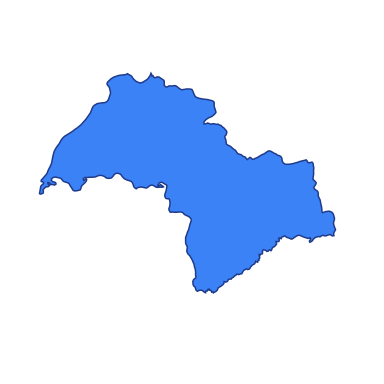 São Romão, Minas Gerais, Brazil (Robinson projection), rotated 221°
{"feature_id": "56859067B60763399870465", "entity_name": "São Romão", "entity_type": "district", "adm_level": 2, "iso_a3": "BRA", "parent_name": "Brazil", "parent_adm1": "Minas Gerais", "projection": "robinson", "projection_center": [-45.402, -16.354], "detail": "fine", "context": "isolated", "style": "filled", "palette": "blue", "viewbox_px": 384, "rotation_deg": 221, "n_neighbors": 0, "source": "geoboundaries", "source_scale": "gbopen_adm2", "svg_char_len": 6065}
<svg xmlns="http://www.w3.org/2000/svg" viewBox="0 0 384 384"><g transform="rotate(221 192 192)"><path d="M312.6,101.0L311.5,101.7L310.4,101.8L309.6,100.8L310.0,98.1L309.7,96.8L306.0,90.7L304.9,91.1L304.2,92.1L303.6,93.5L304.4,94.8L305.8,95.8L305.9,97.6L305.6,100.2L304.6,101.0L303.9,101.9L303.8,103.6L306.1,103.7L306.9,104.5L305.8,105.3L303.5,105.1L302.5,105.7L301.6,106.6L300.3,107.0L299.8,108.6L300.5,109.4L301.6,109.5L304.2,108.3L305.9,108.6L306.6,110.1L306.4,111.6L305.6,112.9L304.7,113.8L300.7,115.9L299.4,116.2L296.5,115.7L295.3,115.9L291.4,117.6L290.1,117.6L288.5,117.0L282.9,115.3L281.7,115.6L280.8,116.2L278.9,118.5L277.7,120.3L278.2,121.7L278.9,123.0L279.3,124.8L278.9,128.1L278.8,129.3L279.0,130.9L279.5,132.2L280.6,132.5L280.8,131.1L281.4,129.7L282.8,130.8L282.5,132.5L280.3,134.5L278.8,136.1L276.3,138.4L274.7,140.2L273.5,142.8L271.9,144.7L269.3,146.0L267.8,146.3L266.2,146.3L264.6,147.0L263.3,148.1L262.1,149.7L261.9,151.7L262.1,153.2L262.1,154.7L261.5,156.3L260.7,157.1L259.1,158.1L257.5,158.5L253.5,157.7L251.8,157.6L249.3,158.3L245.0,160.1L243.3,160.0L241.8,159.3L239.4,157.8L237.7,157.6L236.2,157.8L236.0,159.2L235.3,160.5L234.4,161.6L233.4,162.6L229.1,165.0L228.5,166.2L228.1,168.9L227.5,170.1L226.5,171.1L225.2,171.6L222.1,172.1L220.7,173.2L219.9,174.2L218.7,175.3L217.7,175.9L216.9,177.2L218.0,177.3L220.7,176.9L220.9,175.4L222.0,174.3L222.5,175.9L222.6,177.6L221.6,179.2L220.5,179.7L216.4,180.4L215.4,180.5L214.4,179.4L212.0,175.3L211.5,173.7L210.8,172.3L210.0,171.2L208.6,170.3L207.2,170.1L206.2,170.7L205.2,171.7L203.8,171.3L202.6,170.5L200.6,168.4L199.2,166.0L198.6,164.4L197.6,163.3L195.4,162.5L194.5,162.9L193.9,163.9L191.5,165.5L187.4,169.6L185.9,170.3L184.4,170.3L183.5,170.1L182.3,170.2L178.7,171.2L177.3,171.4L175.1,171.1L174.0,170.2L173.1,168.2L172.6,166.8L169.7,161.0L169.1,158.6L168.4,157.3L167.0,153.5L163.7,149.7L162.4,148.7L159.7,147.6L158.6,146.3L157.9,145.0L156.9,143.7L154.8,142.7L151.7,142.4L147.9,141.1L143.7,139.1L142.4,138.3L141.0,137.1L138.9,135.9L136.5,133.7L134.8,131.6L133.6,130.8L132.8,129.8L133.2,128.2L133.3,126.7L132.7,125.1L130.4,122.8L129.0,122.2L127.1,122.2L124.9,120.7L123.7,120.5L122.7,120.7L122.3,122.0L121.3,123.4L120.4,124.1L119.4,124.4L116.9,124.5L115.7,124.9L116.6,126.0L115.6,127.2L116.1,128.9L115.5,129.9L114.6,129.1L113.2,130.2L111.4,129.3L110.7,130.5L109.7,129.9L108.6,133.0L108.6,134.9L109.4,136.8L108.2,140.4L107.8,143.3L108.2,144.3L109.0,145.5L107.7,146.0L106.9,146.8L106.6,148.2L107.2,150.0L106.4,151.0L105.3,151.9L105.4,153.6L104.8,155.0L104.9,156.5L104.2,157.8L104.5,159.2L103.6,159.9L102.6,160.2L101.9,161.6L100.8,163.0L101.6,166.5L100.5,169.8L99.1,170.0L98.2,171.3L98.2,172.5L98.6,173.8L98.5,176.5L97.6,179.0L98.0,180.3L98.6,181.4L97.6,181.6L96.4,182.1L97.1,183.2L96.7,184.7L97.7,185.0L97.5,186.3L98.2,187.4L99.6,188.1L100.3,189.0L99.2,189.2L99.1,190.6L98.3,191.6L100.4,194.2L100.1,195.4L97.9,196.4L96.7,196.2L95.8,197.0L95.7,199.1L93.9,199.5L94.0,200.8L94.6,202.1L94.7,203.4L94.0,204.7L93.9,206.5L94.0,208.2L94.9,209.0L96.1,209.7L94.0,211.5L94.6,213.2L96.2,213.8L95.8,214.9L94.1,215.3L94.6,217.1L93.8,218.4L93.4,219.7L90.8,219.9L88.9,220.8L86.6,221.4L85.5,222.3L84.8,225.3L84.1,227.7L83.5,228.8L82.6,229.7L81.2,230.4L79.5,230.8L74.3,232.9L73.5,233.6L72.8,234.9L71.8,234.5L71.3,233.3L71.2,231.9L70.1,231.4L69.4,232.9L69.2,234.3L69.4,235.6L69.4,237.2L68.9,238.8L67.6,241.2L66.0,242.1L65.3,244.5L64.6,245.4L63.3,245.8L62.2,246.7L60.6,249.6L59.7,250.6L58.7,250.6L57.3,250.9L56.2,252.2L57.5,253.1L58.3,254.5L58.9,257.7L62.3,259.5L64.2,260.8L65.3,261.9L66.4,264.6L67.4,265.8L70.6,267.9L72.0,268.4L73.3,268.4L74.7,268.1L76.0,267.4L78.1,265.1L79.8,262.2L81.0,262.3L82.6,264.1L85.0,266.2L86.5,267.2L90.2,270.1L93.8,271.6L96.3,274.2L97.3,274.8L98.5,275.0L100.0,274.6L102.2,274.8L103.2,275.5L103.6,278.9L104.3,280.4L105.9,280.8L108.9,280.9L110.0,282.2L111.9,285.3L113.8,287.3L115.9,290.1L119.6,293.1L121.0,293.3L122.9,290.8L123.9,290.2L125.2,290.9L126.8,291.2L130.9,285.4L131.8,283.6L134.7,279.3L136.5,277.1L139.4,274.4L140.5,274.0L142.6,273.9L144.1,274.5L146.2,276.3L147.2,276.8L148.4,277.0L149.5,276.9L151.9,275.8L153.2,275.9L156.1,275.0L158.8,274.6L160.0,274.1L161.2,273.2L161.8,271.4L162.5,268.5L163.9,265.5L165.2,261.2L165.8,259.9L166.4,258.8L166.8,257.4L168.0,256.3L169.5,256.5L170.9,256.2L171.6,252.7L173.0,252.9L174.3,253.3L175.5,253.1L176.5,252.5L179.4,252.4L182.4,251.0L183.7,251.2L186.3,251.9L190.0,251.6L192.4,251.7L194.5,251.3L196.0,250.8L197.5,250.7L200.0,253.0L201.6,254.1L203.0,254.6L203.8,255.6L203.7,257.2L204.6,259.5L205.4,260.4L206.9,260.9L210.5,261.3L211.5,261.0L212.9,261.2L214.1,261.2L215.4,260.4L216.9,260.3L217.8,259.2L220.7,257.6L221.6,256.4L222.7,255.3L225.4,254.4L226.6,252.0L227.7,251.3L228.6,252.1L229.0,253.6L229.0,255.6L228.2,258.7L226.6,262.0L226.2,263.8L226.0,265.8L226.1,267.7L227.0,268.5L231.2,271.0L232.4,272.2L233.6,273.8L235.0,274.5L236.6,274.1L240.7,272.1L244.8,269.3L248.2,267.3L251.3,266.2L252.4,266.3L254.3,267.0L257.8,268.8L259.3,269.3L260.6,268.7L263.3,266.6L266.8,262.4L268.7,261.9L270.5,261.7L272.2,261.7L273.9,261.5L274.9,260.9L275.7,260.1L276.3,259.1L278.7,257.3L279.7,255.1L280.8,254.1L282.4,254.2L283.4,254.8L285.6,257.4L286.6,257.8L292.3,257.1L293.8,256.1L294.5,254.3L295.9,253.5L297.4,254.2L298.3,253.2L299.3,254.2L300.9,254.7L300.1,252.7L299.6,249.0L299.8,247.1L300.3,245.4L301.1,242.9L301.8,241.2L303.2,240.0L306.0,239.0L307.5,238.8L310.1,238.9L311.8,239.2L313.4,239.8L314.7,239.7L316.5,239.2L318.3,239.0L318.7,237.7L320.5,235.4L321.7,234.3L324.0,231.6L326.5,227.2L327.4,224.3L327.8,219.7L327.4,218.2L326.4,217.4L323.9,216.9L322.8,216.6L318.7,213.6L318.1,212.7L317.1,210.2L316.4,208.7L315.8,207.1L315.5,205.5L315.6,204.3L316.1,202.9L316.9,201.7L318.8,199.8L321.5,196.6L322.6,193.3L322.7,191.7L322.4,190.1L321.0,186.3L320.6,184.9L320.3,182.3L319.8,177.3L319.9,169.9L320.6,165.4L321.1,163.8L322.1,158.9L324.7,150.5L325.0,147.6L324.7,144.7L323.9,141.4L323.8,138.5L323.4,135.5L322.6,132.1L320.7,128.2L316.9,121.6L316.0,119.0L314.8,114.1L313.7,111.3L313.5,108.9L313.5,101.8L312.6,101.0Z" fill="#3b82f6" stroke="#1e3a8a" stroke-width="1.5"/></g></svg>